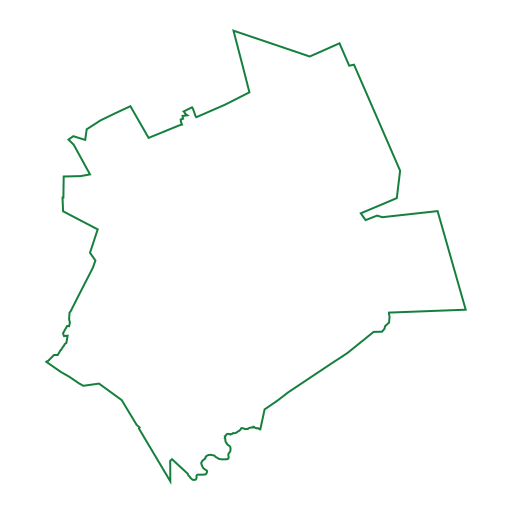 outline of Rayón, Sonora, Mexico
{"feature_id": "50627088B16276532875787", "entity_name": "Rayón", "entity_type": "district", "adm_level": 2, "iso_a3": "MEX", "parent_name": "Mexico", "parent_adm1": "Sonora", "projection": "robinson", "projection_center": [-110.577, 29.75], "detail": "fine", "context": "isolated", "style": "outline", "palette": "green", "viewbox_px": 512, "rotation_deg": 0, "n_neighbors": 0, "source": "geoboundaries", "source_scale": "gbopen_adm2", "svg_char_len": 3940}
<svg xmlns="http://www.w3.org/2000/svg" viewBox="0 0 512 512"><path d="M339.5,43.3L309.7,56.5L275.8,45.0L233.5,30.7L243.2,68.0L249.4,92.3L225.2,104.6L224.8,104.8L196.3,117.2L196.2,117.2L195.3,115.6L194.6,113.4L192.9,108.7L192.0,107.3L183.6,111.5L183.8,111.7L184.4,112.0L185.2,113.7L187.3,115.3L184.4,115.7L183.9,115.8L182.6,115.9L182.8,116.5L182.7,117.5L183.1,118.7L180.7,119.5L181.0,122.3L182.0,124.6L178.9,125.5L148.6,137.9L130.4,106.2L115.6,113.1L100.5,120.4L86.7,129.3L85.2,139.9L73.3,136.2L68.5,139.6L73.7,144.7L90.0,174.4L82.9,175.7L80.7,176.1L63.7,176.5L63.4,197.6L62.5,197.6L63.1,211.3L71.3,215.6L97.7,229.4L90.0,252.8L95.4,260.5L92.9,267.6L90.9,271.6L79.7,293.4L72.6,307.4L70.8,311.0L69.5,312.8L69.1,319.3L69.9,322.4L69.1,326.2L67.1,326.0L63.0,333.3L64.0,336.1L67.6,335.7L66.4,342.9L65.8,343.3L65.4,343.6L64.7,344.1L64.3,345.0L63.9,345.7L63.2,346.6L62.5,347.5L61.6,349.1L61.0,350.0L60.4,350.3L60.1,350.8L59.9,351.4L59.3,352.3L57.7,355.0L54.0,355.0L47.8,361.2L47.1,361.4L46.7,361.4L46.3,361.8L60.9,372.0L69.2,376.7L78.9,383.3L83.4,385.8L99.0,383.6L121.7,400.1L136.6,424.8L139.6,427.5L138.9,428.5L170.3,481.3L170.3,477.2L170.3,476.5L170.2,460.9L172.0,459.2L187.8,473.8L188.1,474.9L188.6,475.6L189.6,476.6L190.5,478.0L191.2,478.5L191.9,479.2L192.6,479.7L193.2,479.9L193.5,479.9L193.8,479.9L194.1,479.9L194.5,479.9L194.9,479.8L195.3,479.7L195.5,479.7L196.2,478.9L196.6,477.6L196.5,476.4L196.5,476.0L196.6,475.5L196.7,475.3L196.9,475.1L197.4,474.8L197.6,474.7L198.1,474.7L199.7,474.7L200.9,474.7L202.5,474.7L203.8,474.6L204.8,474.5L205.7,474.3L206.3,473.7L206.6,473.1L206.8,472.5L207.0,471.9L207.1,471.2L206.6,470.4L206.2,470.3L205.5,469.8L204.1,468.8L203.7,468.4L203.1,467.8L202.5,466.8L202.2,466.0L201.7,465.0L201.2,463.1L202.1,461.2L202.7,460.5L203.9,459.5L204.0,459.5L205.3,458.4L205.5,457.5L205.6,457.4L205.5,457.2L206.0,456.4L207.1,455.6L208.3,455.1L209.3,454.9L210.6,454.8L211.5,455.0L213.8,455.4L214.3,455.6L215.1,456.3L215.9,457.1L216.8,457.6L218.0,458.2L218.8,458.9L219.7,459.0L220.4,459.1L221.3,459.3L222.5,459.4L224.0,459.3L225.5,459.3L226.7,459.2L227.5,459.1L228.2,458.7L228.4,458.2L228.6,457.6L228.6,456.8L228.5,456.1L228.3,455.1L228.4,454.1L228.8,453.4L229.4,452.6L230.1,451.6L230.3,450.9L230.5,450.1L230.5,449.1L230.5,448.3L230.4,447.4L230.2,446.8L229.5,446.0L228.1,445.0L226.8,443.9L226.6,443.0L226.1,442.5L225.8,442.1L225.5,441.3L225.4,440.5L225.4,439.5L225.2,439.1L225.2,438.5L225.1,438.3L224.8,438.2L224.9,437.9L225.1,437.2L225.4,436.1L225.2,436.0L225.6,435.7L226.6,434.3L227.2,434.1L227.3,434.0L227.7,433.9L228.1,433.9L228.6,433.9L230.3,434.5L230.5,434.5L231.0,434.0L231.7,434.1L232.0,434.0L232.3,433.7L233.0,433.1L233.4,433.1L234.2,433.2L235.2,433.1L236.7,432.4L238.0,431.4L238.9,431.0L239.8,430.3L240.7,429.3L241.0,428.6L241.2,428.3L241.5,428.1L242.3,428.1L242.6,428.2L243.1,428.3L243.8,428.5L244.2,428.7L244.4,428.8L244.6,428.9L244.8,429.0L245.1,429.1L245.3,429.1L245.7,429.1L245.9,429.0L246.2,429.0L246.6,429.0L247.0,429.0L247.3,428.9L247.6,428.9L247.8,429.0L247.9,428.9L248.0,428.7L248.3,428.5L248.5,428.4L248.8,428.2L249.3,428.0L249.7,427.8L250.0,427.7L250.4,427.7L250.8,427.6L251.3,427.5L251.7,427.5L252.1,427.4L252.4,427.4L252.5,427.4L252.6,427.5L252.9,427.5L253.0,427.5L253.1,427.3L253.2,427.0L253.2,426.9L253.3,426.7L253.5,426.7L253.8,426.8L254.0,426.9L254.1,427.1L254.3,427.3L254.7,427.5L255.5,428.0L256.0,428.2L256.4,428.3L256.6,428.2L256.8,428.3L257.0,428.2L257.4,428.1L257.6,428.1L257.8,428.1L258.0,428.1L258.5,428.4L258.7,428.7L259.0,428.9L259.2,429.0L259.5,429.2L259.8,429.3L260.1,429.4L260.3,429.4L264.6,409.4L278.0,400.2L288.1,392.4L331.7,363.3L343.1,355.9L347.7,352.8L373.6,331.9L382.0,331.7L384.6,328.6L385.0,326.3L389.1,322.5L389.5,316.7L389.3,315.3L389.0,314.0L389.0,312.6L465.7,309.7L451.3,259.2L437.6,211.1L382.3,217.2L377.1,215.6L365.6,220.1L360.8,213.3L396.8,198.1L400.1,170.7L384.2,134.1L382.6,130.4L354.0,64.7L349.2,65.7L339.5,43.3Z" fill="none" stroke="#15803d" stroke-width="2"/></svg>